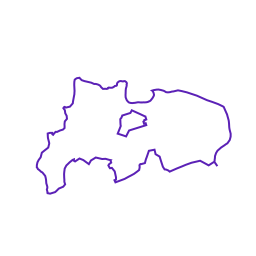 outline of As Sabrah, Ibb, Yemen, rotated 253°
{"feature_id": "15242507B42935945407521", "entity_name": "As Sabrah", "entity_type": "district", "adm_level": 2, "iso_a3": "YEM", "parent_name": "Yemen", "parent_adm1": "Ibb", "projection": "robinson", "projection_center": [44.337, 13.842], "detail": "fine", "context": "isolated", "style": "outline", "palette": "violet", "viewbox_px": 256, "rotation_deg": 253, "n_neighbors": 0, "source": "geoboundaries", "source_scale": "gbopen_adm2", "svg_char_len": 4707}
<svg xmlns="http://www.w3.org/2000/svg" viewBox="0 0 256 256"><g transform="rotate(253 128 128)"><path d="M82.0,99.8L79.7,100.1L80.3,109.9L81.2,114.2L81.7,117.0L82.4,120.4L83.7,124.1L84.6,126.4L87.1,127.7L89.1,128.1L89.9,129.3L89.6,130.0L89.5,133.9L92.9,136.0L94.4,137.2L98.4,140.1L100.1,141.3L99.5,147.0L97.4,146.9L94.9,146.7L91.4,149.9L86.6,149.9L82.0,150.0L80.8,150.0L77.7,150.9L77.3,152.0L76.7,152.8L75.8,153.9L74.9,154.6L74.1,155.1L75.0,162.7L75.5,168.6L75.9,172.5L76.2,178.6L75.6,187.4L74.0,189.0L68.7,194.2L70.5,200.6L70.4,200.7L71.4,201.3L71.7,201.3L73.8,202.3L75.7,203.0L78.3,204.9L80.1,206.9L81.9,210.9L82.0,211.0L83.3,215.3L83.8,216.7L84.2,218.2L84.3,218.6L86.8,221.8L89.7,223.6L92.5,224.5L96.8,224.7L98.3,224.9L98.9,225.0L99.8,225.2L102.6,225.9L105.1,226.4L106.0,226.5L109.2,226.6L109.3,226.6L109.9,226.6L112.3,226.7L112.5,226.6L120.1,225.7L120.9,225.1L124.5,221.2L128.3,216.2L131.5,211.7L138.8,203.3L144.9,194.7L147.7,190.0L149.4,186.8L149.7,182.0L150.0,180.6L150.0,179.0L150.2,177.6L150.5,176.3L151.2,174.8L151.8,174.3L152.5,173.7L153.1,173.1L153.5,172.5L153.9,171.9L154.3,171.2L154.8,170.5L155.1,169.8L155.5,169.1L155.9,168.4L156.1,167.5L156.3,166.8L156.4,166.0L156.5,165.2L156.6,164.5L156.7,163.7L156.7,162.8L156.7,162.0L156.3,162.3L154.6,162.7L153.7,162.7L152.2,162.6L151.4,162.2L150.3,161.1L149.2,159.9L148.5,158.8L147.7,157.7L147.3,156.5L147.3,155.4L147.2,155.3L147.1,154.5L147.2,153.6L147.3,152.7L147.5,151.9L147.7,151.2L148.0,150.4L148.1,149.6L148.4,148.9L148.5,148.5L148.5,148.1L148.8,147.4L149.1,146.7L149.4,145.9L149.7,145.1L149.8,144.3L149.9,143.4L150.0,142.5L150.1,141.7L150.3,141.0L150.4,140.2L150.6,139.3L150.9,138.6L151.2,137.8L151.6,137.2L152.0,136.5L152.7,136.0L153.4,135.6L154.1,135.3L154.8,135.0L155.6,134.9L156.4,134.8L157.0,134.8L157.7,134.7L158.4,134.8L159.1,135.0L159.9,135.2L160.6,135.4L161.4,135.7L162.2,136.0L162.9,136.2L163.7,136.5L164.4,136.7L165.1,137.0L165.8,137.3L166.5,137.6L167.2,138.1L167.8,138.5L168.5,138.9L169.1,139.2L169.8,139.4L170.1,139.4L170.3,139.6L170.8,139.9L171.5,140.0L172.3,139.8L172.9,139.4L173.5,139.0L173.9,138.3L174.0,137.6L174.0,136.8L174.3,136.2L174.7,135.5L175.0,134.8L175.2,134.0L175.2,133.3L175.1,132.8L174.8,132.0L174.5,131.3L173.9,130.7L173.5,130.4L173.1,130.3L172.5,130.1L172.2,129.9L171.9,129.6L171.8,129.4L171.8,129.0L171.9,128.6L172.0,128.1L172.0,127.9L172.0,127.6L171.6,127.0L171.5,126.1L171.2,125.3L171.2,124.5L171.4,123.8L171.6,123.1L171.9,122.2L172.3,121.6L172.2,120.9L172.2,120.7L171.9,120.6L171.6,120.3L171.6,119.1L171.9,118.4L172.8,115.4L173.4,115.1L174.1,114.7L174.7,114.3L175.4,114.1L176.1,113.9L176.7,113.6L177.3,113.1L177.8,112.6L178.4,111.9L178.8,111.3L179.2,110.7L179.6,109.9L179.8,109.2L180.0,108.5L182.1,106.1L184.3,102.3L185.5,100.2L187.3,97.7L189.8,96.4L190.2,96.3L190.3,95.6L190.4,94.8L190.6,93.9L190.5,93.4L190.3,92.5L189.8,91.2L187.9,90.2L185.6,89.4L184.6,89.1L179.0,87.7L177.2,87.0L176.0,86.6L174.7,85.9L169.5,83.2L167.7,82.4L165.4,78.7L165.7,74.5L166.7,73.7L166.7,73.1L165.9,72.0L163.4,72.8L160.4,72.3L157.6,72.9L154.6,72.3L152.8,69.5L150.3,68.4L148.0,67.8L146.5,67.3L145.5,65.3L145.5,62.2L145.0,59.0L145.3,58.2L145.5,57.8L145.4,57.4L145.2,57.1L144.3,55.7L144.2,55.5L143.4,54.4L144.2,53.8L145.5,54.1L146.2,51.8L146.2,49.6L142.7,48.7L141.5,48.5L137.1,48.3L136.1,48.1L132.6,46.0L131.8,44.0L131.2,42.4L129.6,38.4L125.5,35.9L123.6,33.3L121.7,31.4L119.2,30.0L117.0,29.3L116.6,29.6L115.9,29.7L115.2,29.8L113.5,31.0L111.4,32.2L110.6,33.1L108.9,33.8L106.4,34.8L104.3,34.7L102.6,34.5L101.6,34.3L99.0,33.7L96.1,33.7L95.0,33.6L94.4,33.3L94.0,33.2L93.5,32.8L92.9,32.4L90.7,32.3L90.0,32.3L89.7,32.0L89.2,32.0L88.0,34.3L88.0,39.6L88.9,41.5L90.3,44.1L90.8,48.9L92.5,51.4L95.1,51.4L97.1,52.0L99.3,52.5L102.6,53.4L104.6,54.2L107.7,55.6L108.9,56.8L110.2,58.1L111.4,60.5L112.2,62.0L113.7,65.7L113.8,67.1L112.6,66.6L111.5,67.6L113.0,72.7L111.7,74.3L110.5,75.8L109.6,76.5L107.7,77.9L106.0,79.2L104.9,80.0L106.3,81.5L107.8,83.1L108.5,85.9L109.2,88.5L108.3,90.1L107.3,91.8L105.9,94.2L105.1,97.5L103.1,100.6L102.3,102.1L102.1,101.8L99.8,101.8L99.0,99.5L98.0,98.3L96.1,98.6L94.8,99.0L94.6,100.9L90.4,102.6L84.3,102.1L82.2,101.4L82.0,99.8ZM125.4,146.3L125.3,128.3L123.0,126.1L120.9,124.1L120.5,123.7L121.9,121.8L124.3,118.4L125.6,116.5L132.1,121.7L132.8,121.7L135.3,122.3L137.1,122.8L138.4,123.1L139.0,123.5L139.4,124.2L139.7,124.7L140.4,125.2L141.0,125.8L141.6,126.1L141.7,134.7L143.8,136.8L141.5,139.4L139.2,142.0L137.7,143.7L134.0,147.8L133.9,148.0L130.8,148.0L130.7,147.1L130.8,146.8L130.9,146.2L130.8,145.9L130.7,145.9L130.6,146.2L130.5,146.3L130.1,145.7L129.6,144.6L127.5,144.6L127.5,145.0L127.4,146.3L125.4,146.3ZM70.4,200.7L66.7,201.9L66.0,202.1L65.4,202.3L70.4,200.7Z" fill="none" stroke="#5b21b6" stroke-width="2"/></g></svg>